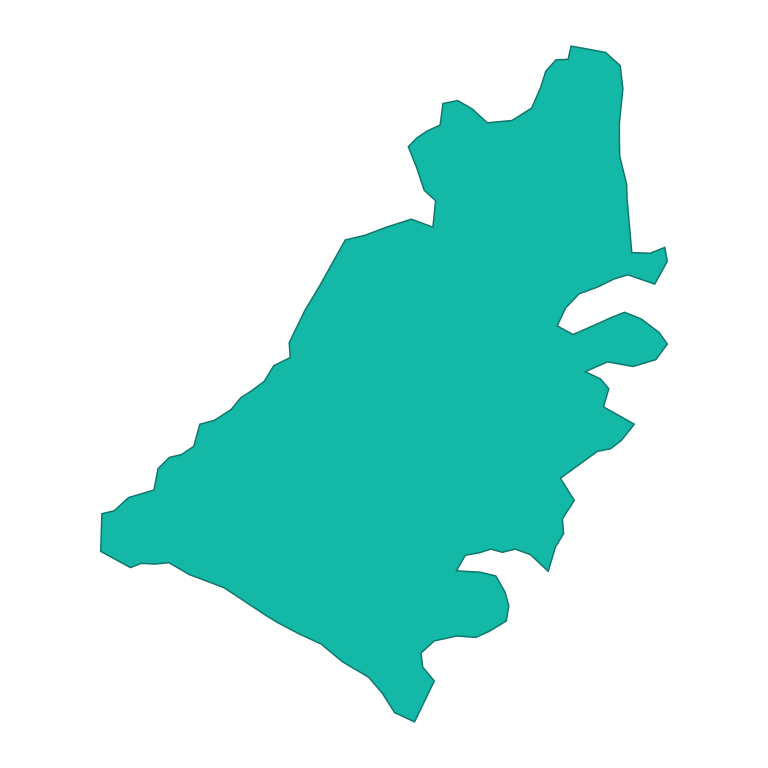 Anahy, Paraná, Brazil
{"feature_id": "56859067B93303165514220", "entity_name": "Anahy", "entity_type": "district", "adm_level": 2, "iso_a3": "BRA", "parent_name": "Brazil", "parent_adm1": "Paraná", "projection": "robinson", "projection_center": [-53.136, -24.641], "detail": "fine", "context": "isolated", "style": "filled", "palette": "teal", "viewbox_px": 768, "rotation_deg": 0, "n_neighbors": 0, "source": "geoboundaries", "source_scale": "gbopen_adm2", "svg_char_len": 1576}
<svg xmlns="http://www.w3.org/2000/svg" viewBox="0 0 768 768"><path d="M664.8,247.4L650.2,253.2L631.8,252.6L627.1,199.0L626.6,184.2L619.7,156.0L619.4,139.2L619.4,122.8L622.9,88.8L620.2,65.7L605.6,52.4L571.1,46.1L568.1,59.3L555.9,59.9L545.8,71.2L540.5,87.9L531.6,108.1L512.0,120.5L487.2,122.8L472.3,109.0L457.7,100.6L443.0,103.5L440.1,125.1L427.4,130.9L417.0,137.8L408.3,146.7L416.5,167.2L424.2,190.3L435.6,200.7L432.9,227.2L411.3,219.2L387.7,226.7L364.9,235.3L345.3,239.9L319.7,285.8L305.1,310.0L289.2,342.6L290.2,357.6L273.8,365.7L264.2,381.3L251.5,390.8L240.8,397.7L231.2,409.5L214.0,420.5L199.9,424.2L193.7,446.4L181.5,454.5L169.4,457.4L158.0,468.7L154.0,490.0L128.7,497.5L114.1,510.8L101.9,513.7L100.7,551.4L130.5,567.6L141.4,563.3L154.3,564.1L168.9,562.7L189.2,574.5L224.2,587.8L266.9,616.1L277.8,622.7L298.7,633.7L321.0,644.0L342.6,661.9L368.6,677.2L382.0,692.8L394.7,712.7L414.5,721.9L434.3,681.0L422.7,667.1L421.0,653.0L434.3,640.9L456.7,636.0L475.8,637.4L489.2,631.3L506.3,621.0L508.8,605.7L505.0,592.1L495.9,576.0L480.2,572.2L456.4,570.8L465.4,555.2L479.0,552.9L490.9,549.1L502.3,552.3L515.2,549.1L530.4,554.6L548.2,571.3L555.4,547.1L563.6,533.6L562.4,518.9L574.3,500.4L560.4,478.2L597.3,451.4L610.5,448.8L621.4,440.4L634.3,424.2L603.5,406.9L608.8,388.8L600.6,379.0L585.2,371.7L607.5,361.9L633.1,366.5L655.9,359.6L667.3,344.0L659.1,332.5L641.3,319.0L624.6,312.3L612.7,316.9L591.4,326.5L573.0,334.5L557.2,325.9L565.6,308.0L579.0,293.9L598.6,286.6L613.7,279.1L627.9,274.8L654.7,284.1L667.3,261.3L664.8,247.4Z" fill="#14b8a6" stroke="#0f766e" stroke-width="1.5"/></svg>